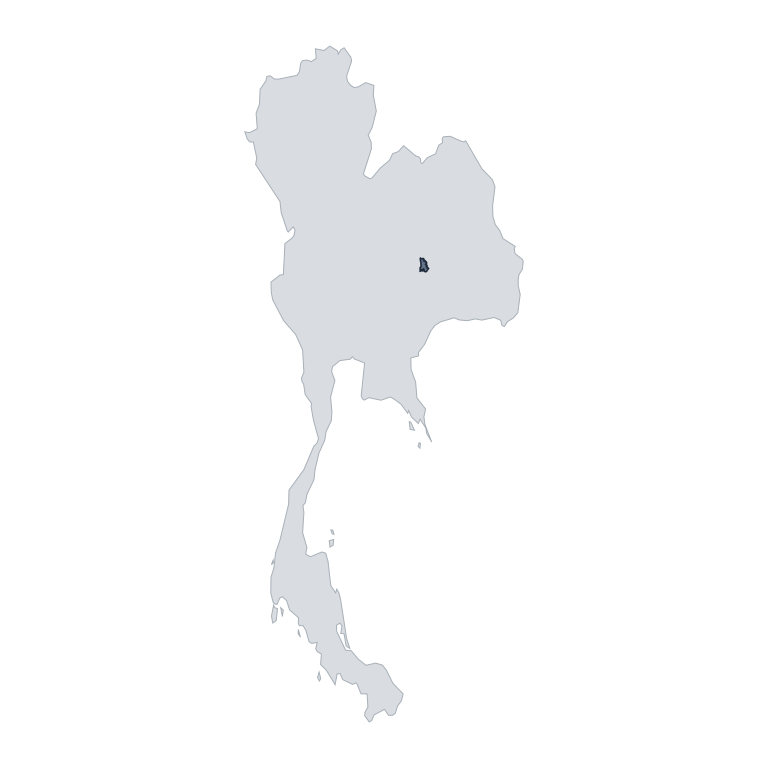 Prathai, Nakhon Ratchasima, Thailand shown in context
{"feature_id": "78962969B10005729924667", "entity_name": "Prathai", "entity_type": "district", "adm_level": 2, "iso_a3": "THA", "parent_name": "Thailand", "parent_adm1": "Nakhon Ratchasima", "projection": "equal_earth", "projection_center": [102.699, 15.58], "detail": "fine", "context": "in_parent", "style": "filled", "palette": "slate", "viewbox_px": 768, "rotation_deg": 0, "n_neighbors": 0, "source": "geoboundaries", "source_scale": "gbopen_adm2", "svg_char_len": 6400}
<svg xmlns="http://www.w3.org/2000/svg" viewBox="0 0 768 768"><path d="M337.6,50.9L338.1,54.1L340.8,49.9L344.1,47.8L350.8,57.1L351.6,61.1L346.6,76.1L347.4,81.1L350.5,85.2L354.2,87.6L358.2,86.9L365.7,82.6L373.9,85.4L373.3,95.3L376.3,111.1L372.2,127.3L368.2,135.3L371.2,142.3L371.4,148.8L363.4,174.0L365.0,176.0L370.0,178.8L372.1,177.9L380.4,167.9L389.6,160.2L392.6,153.7L398.4,151.5L403.6,145.7L415.6,155.9L418.7,156.8L420.3,158.5L420.9,162.8L422.4,163.5L427.3,157.7L435.5,153.9L438.8,145.2L442.6,142.6L442.2,138.4L443.5,136.8L450.2,136.3L460.4,140.9L464.0,141.9L465.7,140.8L481.9,168.8L492.4,179.6L495.0,186.9L492.6,205.7L492.9,216.5L495.3,224.7L499.7,230.4L503.0,238.6L515.2,246.4L514.2,248.5L515.0,253.6L522.5,259.5L523.2,261.5L522.4,269.1L518.9,274.9L518.2,279.7L518.2,285.6L520.2,294.5L517.8,312.8L513.3,318.0L507.5,321.7L504.3,326.6L501.9,325.4L500.7,320.3L494.2,317.5L481.8,320.1L475.5,318.9L467.2,320.7L459.0,319.9L454.2,317.8L440.6,321.8L434.9,325.5L430.8,330.8L424.7,344.2L418.4,352.5L418.5,355.9L410.8,358.0L411.1,369.5L415.6,382.0L416.9,397.8L425.6,409.0L423.9,416.8L424.9,424.4L431.7,442.0L426.8,433.7L425.8,428.0L420.1,419.2L418.3,423.5L411.5,417.0L408.7,410.5L407.7,413.3L401.0,404.2L394.3,399.2L390.5,397.0L381.0,400.2L368.9,397.7L364.2,400.1L362.3,398.6L361.2,395.8L364.6,363.0L354.2,358.9L352.4,356.7L350.2,359.2L339.9,360.6L332.5,366.6L331.6,371.6L334.9,380.6L330.6,396.9L331.9,412.3L331.3,420.7L326.1,431.5L324.8,440.1L318.9,453.2L315.0,469.8L314.0,479.5L307.0,494.3L305.4,502.6L302.9,505.7L303.9,512.4L302.6,532.7L306.9,547.4L305.7,554.3L310.5,556.7L321.8,552.0L325.7,553.2L328.0,561.3L330.8,585.5L335.6,592.9L336.8,589.2L339.0,593.1L340.7,600.3L346.6,638.4L349.8,648.4L346.1,645.9L344.1,633.8L340.8,633.4L342.0,625.8L339.9,623.1L336.5,625.2L336.6,631.2L345.6,650.2L351.2,650.7L358.2,659.1L366.0,665.3L375.7,663.1L382.4,665.1L386.4,670.2L392.8,683.2L403.1,693.9L401.5,700.6L397.5,706.1L395.3,713.2L392.5,715.3L388.6,715.3L384.4,709.4L374.1,714.9L371.8,720.4L369.2,721.9L364.7,715.7L365.0,712.2L367.9,707.1L367.1,693.9L361.0,693.8L356.9,683.8L355.6,682.9L352.6,684.4L342.9,679.7L340.0,673.5L337.1,674.0L335.1,684.7L326.5,670.4L320.6,664.6L321.4,654.0L317.4,651.7L315.7,648.8L317.2,642.4L311.7,643.4L309.1,641.7L305.8,630.3L303.1,625.7L299.5,625.7L298.3,623.5L298.6,617.8L289.6,609.9L286.7,600.8L282.5,596.8L279.8,598.0L277.0,604.4L275.0,604.0L273.1,602.2L270.8,593.1L271.0,577.2L273.9,568.0L275.5,553.1L279.8,540.7L288.6,504.3L289.0,490.1L303.9,469.6L313.8,446.3L317.1,442.9L318.5,438.6L313.4,419.8L311.1,406.8L311.5,403.4L305.2,394.6L303.7,384.5L302.0,381.3L301.5,378.0L303.9,372.1L302.6,349.9L295.8,334.7L283.6,320.6L272.7,299.8L271.3,292.5L271.0,282.1L279.9,275.1L283.4,274.6L284.9,243.6L292.5,237.7L294.1,235.1L295.0,229.9L293.2,226.9L288.2,232.0L287.3,230.9L281.2,212.6L280.0,201.6L255.6,164.4L256.8,158.2L253.4,142.1L249.7,141.9L247.3,139.0L244.8,131.8L249.5,132.7L257.3,128.7L256.1,113.2L259.5,104.2L260.1,89.4L266.0,80.7L266.9,76.4L270.1,75.8L274.4,79.0L278.8,79.1L297.1,75.3L299.5,71.4L300.7,63.2L302.5,60.7L306.6,60.0L311.3,61.6L316.2,58.4L315.4,48.8L324.1,50.5L329.8,46.1L337.6,50.9ZM277.5,608.7L276.2,620.6L272.7,623.0L271.5,616.1L273.6,605.0L274.6,607.6L277.5,608.7ZM333.7,539.5L333.1,545.3L330.0,547.1L329.2,540.7L333.7,539.5ZM410.7,422.1L414.5,430.2L410.1,429.4L409.3,421.6L410.7,422.1ZM319.4,681.0L317.5,677.5L319.1,672.1L320.7,678.7L319.4,681.0ZM283.3,610.0L282.4,616.5L280.7,607.7L283.3,610.0ZM333.9,534.4L332.2,533.7L330.8,530.0L332.8,530.1L333.9,534.4ZM298.3,629.5L300.4,637.1L298.1,633.5L298.3,629.5ZM420.5,443.4L419.9,448.2L418.0,446.2L419.2,442.7L420.5,443.4ZM273.5,562.8L271.4,564.6L273.1,560.1L273.5,562.8Z" fill="#d9dde1" stroke="#a8b0b8" stroke-width="1"/><path d="M426.3,262.5L426.3,262.4L426.4,262.1L426.3,261.9L426.2,261.7L426.2,261.8L426.2,261.7L426.2,261.8L426.1,261.7L425.9,261.6L425.7,261.6L425.6,261.4L425.4,261.3L425.4,261.2L425.3,260.9L425.2,260.9L425.1,261.0L425.1,260.9L425.1,261.0L424.9,261.0L424.7,261.0L424.4,261.0L424.2,261.0L424.3,260.9L424.2,260.9L424.2,260.7L424.1,260.4L424.0,260.1L423.9,260.1L423.7,260.0L423.7,259.9L423.6,259.7L423.4,259.5L423.3,259.4L423.3,259.2L423.5,259.2L423.4,259.0L423.4,258.9L423.5,258.9L423.4,258.7L423.5,258.7L423.4,258.6L423.4,258.4L423.4,258.5L423.3,258.4L423.2,258.4L423.1,258.2L423.1,258.3L422.8,258.5L422.7,258.7L422.6,258.8L422.4,258.8L422.2,258.7L422.1,258.8L421.9,258.8L421.7,258.8L421.5,258.7L421.4,258.7L421.2,258.5L421.0,258.4L420.9,258.4L420.6,258.2L420.6,258.3L420.4,258.5L420.2,258.8L420.3,258.9L420.2,259.1L420.5,260.5L420.4,260.9L420.5,261.1L420.8,261.9L420.9,262.1L420.9,262.3L420.9,262.5L420.9,263.2L421.0,263.6L420.9,263.8L420.9,264.1L421.0,264.2L421.0,264.4L421.0,264.5L421.1,264.8L421.0,265.0L421.1,265.3L421.1,265.6L421.0,265.9L420.9,266.2L420.9,266.5L421.0,266.6L420.9,266.9L420.8,267.1L420.7,267.1L420.5,267.3L420.3,267.4L420.2,267.7L420.1,267.8L420.1,268.0L420.2,268.7L420.2,268.8L420.0,269.0L420.0,269.3L420.1,269.5L420.3,269.8L420.2,270.2L420.1,270.4L420.1,270.5L420.3,271.2L420.5,271.1L420.8,271.1L420.8,270.9L420.7,270.9L420.8,270.8L420.9,270.7L421.0,270.6L421.1,270.4L421.3,270.3L421.2,270.2L421.3,270.2L421.5,270.2L421.4,270.1L421.5,270.0L421.6,270.3L421.7,270.2L421.7,270.3L421.9,270.3L422.0,270.2L422.1,270.3L422.1,270.2L422.3,270.0L422.5,269.9L422.8,269.7L422.8,269.8L422.9,269.7L422.9,269.8L422.9,269.7L422.9,269.8L423.0,269.9L423.3,269.8L423.4,269.7L423.5,269.8L423.5,269.7L423.8,269.6L423.8,269.4L423.9,269.2L424.1,269.5L424.1,269.9L424.1,270.0L423.9,270.1L424.0,270.3L423.7,270.6L423.7,270.8L423.8,270.8L424.7,271.5L425.3,271.8L425.7,271.7L426.0,271.7L426.3,271.6L426.5,271.4L426.7,271.2L426.8,271.1L428.4,268.7L428.5,268.5L428.2,268.1L428.1,268.4L428.0,268.2L427.9,268.1L428.0,268.1L427.9,268.0L427.6,268.0L427.5,267.9L427.5,267.7L427.4,267.4L427.4,267.5L427.4,267.4L427.2,267.3L427.1,267.2L427.0,267.3L427.0,267.2L427.0,266.9L426.9,266.8L427.0,266.8L427.0,266.7L426.9,266.7L427.0,266.5L426.9,266.6L426.8,266.4L426.8,266.5L426.7,266.5L426.8,266.2L426.7,266.1L426.5,265.9L426.4,265.7L426.5,265.7L426.4,265.5L426.5,265.6L426.6,265.4L426.4,265.2L426.6,265.2L426.4,265.0L426.5,264.9L426.5,264.7L426.4,264.6L426.5,264.5L426.4,264.4L426.4,264.5L426.3,264.4L426.4,264.2L426.4,263.9L426.3,263.7L426.2,263.7L426.3,263.6L426.2,263.5L426.3,263.4L426.2,263.4L426.1,263.2L426.0,262.9L426.2,262.7L426.3,262.6L426.3,262.5Z" fill="#64748b" stroke="#1e293b" stroke-width="1.5"/></svg>